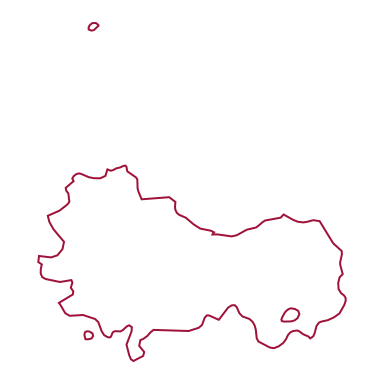 the Province of Palermo
{"feature_id": "ITA-5410", "entity_name": "Palermo", "entity_type": "Province", "adm_level": 1, "iso_a3": "ITA", "parent_name": "Italy", "parent_adm1": "", "projection": "orthographic", "projection_center": [13.554, 38.128], "detail": "fine", "context": "isolated", "style": "outline", "palette": "rose", "viewbox_px": 384, "rotation_deg": 0, "n_neighbors": 0, "source": "natural_earth", "source_scale": "10m", "svg_char_len": 2563}
<svg xmlns="http://www.w3.org/2000/svg" viewBox="0 0 384 384"><path d="M47.8,215.8L59.4,210.7L67.1,204.7L69.0,202.5L69.4,201.2L69.0,199.5L68.7,196.0L68.3,193.4L66.2,190.6L65.7,187.9L73.6,181.1L72.3,178.6L73.7,176.1L76.2,174.2L78.8,173.4L81.1,173.9L88.8,177.2L93.9,178.2L100.2,178.3L105.4,175.9L107.4,169.4L110.8,170.7L113.4,170.0L115.9,168.5L120.3,167.4L123.4,165.9L125.2,165.6L126.3,166.4L126.7,168.2L127.0,170.1L127.5,171.5L136.0,177.4L137.3,179.3L137.6,188.5L138.3,191.2L141.6,199.3L169.2,197.2L175.4,201.9L175.0,206.9L175.3,209.6L176.8,212.8L179.1,214.8L185.8,217.7L193.8,224.5L200.3,228.6L210.8,230.7L214.0,232.3L213.1,233.2L213.0,233.5L212.5,234.5L217.4,234.4L231.8,236.4L236.8,235.2L246.8,229.7L256.1,227.5L259.2,225.1L262.1,222.5L265.1,220.5L280.6,217.7L283.6,214.5L293.2,219.9L297.8,221.7L303.1,222.4L306.4,222.0L313.2,220.2L319.6,221.1L333.2,243.3L341.7,251.0L341.9,254.3L340.1,262.6L340.3,265.1L342.7,274.1L339.6,277.3L338.2,283.0L338.6,289.0L341.0,293.1L344.0,295.4L345.6,297.8L345.7,300.8L344.3,304.9L339.5,313.4L333.9,317.4L327.7,320.2L321.4,321.6L319.0,322.6L316.6,325.8L314.6,333.2L313.3,336.3L310.2,338.4L308.4,336.5L303.1,334.2L298.8,331.0L297.1,330.5L293.2,331.0L290.3,332.4L288.0,335.0L286.0,339.2L283.4,342.8L278.9,346.2L273.9,348.2L269.8,347.5L258.4,341.5L256.7,338.2L255.8,329.6L254.6,325.4L252.6,321.8L249.5,319.0L242.4,316.4L239.4,313.2L236.7,307.1L234.8,305.2L231.8,305.3L228.1,307.6L218.8,319.8L209.2,315.5L206.8,315.4L204.7,317.7L202.0,325.0L198.7,327.8L188.7,331.0L153.5,329.9L150.3,332.5L147.4,335.9L143.6,338.7L140.3,340.2L139.2,345.9L144.2,352.0L143.2,355.9L133.4,361.0L130.9,359.2L129.2,355.1L126.5,344.6L131.5,331.6L131.9,327.2L129.2,325.3L127.1,326.2L122.8,330.1L120.5,331.4L114.9,331.2L113.3,331.9L112.4,333.0L111.3,335.9L110.5,337.1L109.0,337.5L107.4,337.0L104.2,335.2L101.7,331.3L98.3,322.1L95.1,319.0L83.0,315.0L69.7,315.8L65.2,313.1L60.1,304.4L58.9,302.9L72.8,294.5L73.3,291.4L70.8,287.7L72.4,282.6L71.4,280.1L59.9,282.0L45.6,279.0L42.2,277.1L40.7,273.4L40.8,268.8L41.8,264.4L38.3,262.1L39.0,256.0L51.1,257.4L57.4,255.3L62.5,249.1L64.0,241.8L53.5,229.3L49.4,222.0L47.8,215.8ZM284.0,321.6L291.1,321.4L294.6,320.4L297.5,318.2L299.4,314.1L298.2,310.9L295.0,309.0L290.9,308.3L288.6,309.1L286.6,310.6L284.8,312.6L282.1,317.5L281.4,319.6L281.8,321.0L284.0,321.6ZM86.7,331.3L89.3,331.5L92.5,333.4L93.1,336.1L91.5,338.5L88.1,339.3L85.5,339.2L84.4,335.0L84.9,332.4L86.7,331.3ZM92.3,23.1L95.9,23.0L98.2,24.8L98.5,25.7L93.9,30.1L91.3,30.6L88.7,29.5L88.6,27.4L89.7,25.2L92.3,23.1Z" fill="none" stroke="#9f1239" stroke-width="2"/></svg>